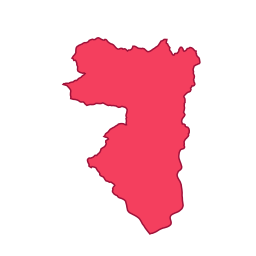 Formiga, Minas Gerais, Brazil (Albers equal-area conic projection), rotated 286°
{"feature_id": "56859067B14486688902799", "entity_name": "Formiga", "entity_type": "district", "adm_level": 2, "iso_a3": "BRA", "parent_name": "Brazil", "parent_adm1": "Minas Gerais", "projection": "albers", "projection_center": [-45.505, -20.525], "detail": "fine", "context": "isolated", "style": "filled", "palette": "rose", "viewbox_px": 256, "rotation_deg": 286, "n_neighbors": 0, "source": "geoboundaries", "source_scale": "gbopen_adm2", "svg_char_len": 5907}
<svg xmlns="http://www.w3.org/2000/svg" viewBox="0 0 256 256"><g transform="rotate(286 128 128)"><path d="M138.4,82.2L139.3,83.6L140.1,85.0L140.5,86.6L141.0,88.2L141.8,89.5L142.7,90.2L143.1,91.3L143.6,93.8L144.0,95.1L144.5,96.0L145.2,96.8L145.1,98.0L144.7,99.5L144.4,101.1L144.2,102.8L144.7,103.8L145.0,104.9L145.0,106.2L145.5,107.4L145.7,108.9L145.9,110.7L145.5,111.8L145.3,113.3L145.9,114.7L146.9,115.8L147.2,117.0L147.1,118.5L147.1,119.8L146.4,121.1L145.3,122.2L143.8,122.4L142.2,122.6L140.9,122.5L139.5,122.6L138.5,123.1L137.6,123.8L136.5,123.5L135.6,124.0L134.7,124.4L133.7,124.7L132.2,124.8L130.7,125.6L130.4,124.6L130.8,122.6L130.6,121.2L130.3,120.0L129.7,118.8L129.1,117.7L127.9,117.1L127.2,116.3L126.2,115.4L125.1,114.6L124.1,113.4L123.1,112.5L121.9,111.3L120.1,110.5L118.6,109.9L117.1,108.7L116.1,108.0L114.2,107.8L113.2,107.2L113.0,108.8L113.1,110.3L112.7,111.5L112.0,112.2L111.0,111.4L109.7,110.2L108.2,110.5L106.9,111.4L105.6,111.3L103.7,110.7L102.4,109.5L101.3,108.5L100.3,107.8L99.0,107.9L97.9,107.8L96.6,107.5L95.2,106.6L94.1,105.9L93.0,105.5L92.7,103.9L90.6,102.7L89.6,101.6L88.7,100.3L88.4,98.9L87.4,98.1L86.3,97.8L85.4,98.1L84.5,98.6L83.6,99.3L82.4,100.5L80.6,101.0L80.1,102.5L79.8,103.6L81.0,104.1L81.1,105.8L81.1,107.1L80.7,108.4L79.4,109.6L78.3,111.0L77.7,112.1L77.1,112.8L76.4,113.5L75.4,113.7L74.7,114.5L74.3,116.6L74.1,117.9L73.1,119.1L72.1,120.1L71.1,121.5L71.2,123.2L70.8,125.0L71.3,126.7L70.0,130.3L69.1,131.1L66.9,130.1L65.4,130.0L64.6,130.5L63.5,130.4L62.4,130.7L61.5,131.8L60.8,132.7L60.4,133.8L60.1,135.0L60.0,136.3L59.1,137.3L58.6,138.6L58.5,141.5L58.2,143.0L57.9,144.3L57.0,145.8L53.7,147.8L51.4,148.9L50.1,149.6L48.9,150.2L47.8,151.4L47.1,152.7L46.8,153.9L46.5,155.5L46.2,156.8L46.0,158.0L45.6,159.7L45.1,161.4L44.6,162.7L44.0,163.9L43.0,165.2L42.0,166.2L41.0,167.2L40.0,168.1L39.3,169.0L38.5,170.1L37.6,171.1L36.5,172.3L35.6,173.5L33.9,175.8L33.1,177.0L32.2,178.2L33.0,179.2L33.7,180.7L34.7,181.9L35.4,182.8L36.4,183.9L38.8,186.0L40.0,187.3L41.4,189.1L42.0,190.2L42.5,191.0L43.2,192.1L43.9,193.1L44.7,194.0L45.7,194.9L47.1,195.7L48.5,195.7L49.6,195.3L50.6,194.7L51.7,194.0L52.8,193.4L53.8,193.1L54.7,193.1L56.0,193.4L57.3,194.4L58.1,195.3L59.1,196.4L60.3,198.0L61.5,199.4L62.5,200.3L65.2,202.0L66.4,202.3L68.3,202.4L69.3,202.1L72.0,200.9L73.3,200.3L76.3,199.3L77.6,198.7L79.0,198.3L80.6,197.9L81.7,197.5L83.0,197.0L84.4,196.4L85.9,195.7L87.3,195.1L88.2,194.7L89.0,194.1L89.9,193.5L90.9,192.7L92.5,191.0L93.7,189.8L95.0,188.8L96.0,188.3L96.9,188.0L98.6,188.1L100.3,188.4L101.6,189.4L102.8,190.2L104.3,190.6L105.6,190.3L107.5,189.1L108.6,188.4L109.5,187.7L110.4,187.0L111.5,186.3L112.6,185.5L114.1,184.8L115.7,184.4L118.6,184.0L120.2,184.2L121.5,184.5L122.2,185.1L122.9,186.2L123.7,187.3L124.8,187.7L126.0,187.3L126.9,186.5L127.9,186.6L129.1,186.1L130.3,185.7L131.7,185.9L133.2,186.3L134.2,187.0L135.4,187.5L136.5,188.1L137.7,188.3L139.1,187.6L140.1,188.1L141.3,187.9L142.7,187.5L144.2,186.6L145.2,185.2L145.1,183.6L145.6,182.5L146.9,181.9L147.2,180.7L146.9,179.1L147.9,178.5L149.2,177.7L150.6,177.6L151.6,177.6L153.1,178.1L154.7,178.8L156.4,179.1L157.5,178.1L158.5,177.0L159.9,177.1L161.3,177.0L162.9,176.8L164.2,176.2L165.1,175.8L166.1,175.7L167.3,175.3L168.2,175.8L169.4,175.4L170.6,175.1L171.8,174.6L173.5,173.0L174.7,173.2L175.7,173.7L176.8,174.3L178.1,175.1L179.0,175.9L179.6,176.9L180.4,177.7L181.6,177.9L182.6,177.9L183.6,177.1L184.9,177.8L186.0,177.8L186.3,178.9L187.2,179.9L188.5,180.2L189.6,179.6L190.5,178.7L191.6,178.3L192.4,177.7L194.3,177.8L195.9,177.6L197.0,177.0L197.8,176.2L198.7,175.7L200.4,175.4L201.7,174.6L203.0,174.4L204.5,174.5L205.7,174.5L206.5,175.2L207.3,175.9L208.1,177.0L209.0,177.9L209.6,178.8L210.6,179.1L211.7,178.7L212.9,178.1L214.0,177.6L215.1,176.7L215.8,175.1L217.0,173.7L218.3,173.3L218.9,172.6L220.7,172.3L220.6,171.1L221.3,169.9L222.2,168.4L222.6,167.0L222.5,165.4L221.4,164.5L220.6,163.0L218.9,162.5L217.8,161.6L217.2,160.8L217.7,159.9L218.7,159.3L219.5,158.6L220.4,157.3L220.0,156.1L218.7,155.7L217.5,155.3L216.3,155.6L215.0,155.4L214.2,155.0L213.3,154.7L212.9,153.4L212.4,152.4L211.1,152.3L210.5,151.4L211.1,150.3L213.2,148.2L214.2,146.7L215.5,146.1L216.8,146.1L217.4,145.1L218.4,143.9L219.7,142.9L220.0,141.6L221.0,141.1L222.5,141.1L223.8,141.0L223.5,139.7L223.1,138.3L222.1,137.6L221.3,136.9L220.6,135.8L215.6,134.3L214.5,133.6L213.6,132.7L211.8,131.4L210.9,130.5L209.9,129.7L209.1,129.1L208.2,128.3L207.3,127.2L206.8,125.9L207.2,124.6L207.9,123.2L208.6,121.8L208.6,120.1L208.1,119.2L207.8,117.6L207.5,116.1L207.8,114.7L208.3,113.1L208.4,111.6L208.0,110.2L207.1,110.2L206.0,110.1L204.9,109.8L203.6,108.7L203.2,107.2L201.9,106.3L202.5,105.1L203.2,103.8L203.1,102.5L202.4,101.5L202.9,100.4L202.6,99.1L202.0,98.2L201.3,97.5L201.1,96.4L201.4,95.1L202.2,93.7L202.9,92.6L203.8,91.2L204.2,89.7L204.2,88.5L204.5,87.0L205.0,85.6L205.6,84.5L206.4,83.5L206.9,82.5L206.8,81.4L205.9,81.0L205.7,79.9L205.8,78.6L206.1,77.0L206.5,75.9L206.5,74.5L206.0,73.6L205.3,72.9L204.0,72.0L203.5,70.7L203.5,69.3L202.4,67.7L201.4,66.5L200.4,66.3L199.5,65.6L198.6,64.5L198.0,62.6L197.2,61.6L196.0,60.6L195.0,59.4L194.0,58.1L193.1,57.4L192.4,56.7L191.2,56.2L189.7,56.2L187.3,56.7L186.1,57.1L184.0,56.6L181.8,55.5L180.9,55.3L179.7,54.9L179.3,56.4L178.0,57.3L178.6,58.7L177.9,59.7L175.8,61.1L174.9,61.3L174.1,61.8L173.2,62.7L170.1,63.4L169.0,64.1L168.5,65.4L168.2,66.8L168.2,68.2L168.2,69.5L168.8,70.6L168.5,71.8L167.1,71.1L165.9,70.1L165.1,69.5L164.2,69.2L163.2,68.3L162.2,67.1L161.2,66.5L159.5,65.5L159.2,64.2L158.4,63.4L157.5,62.8L156.8,62.0L156.4,60.9L155.7,59.8L154.6,58.7L154.2,57.2L153.9,56.0L153.2,55.0L152.9,54.0L152.0,53.6L152.0,56.2L152.0,57.5L151.3,58.6L150.7,59.7L150.1,60.6L149.5,61.4L148.7,62.4L147.4,62.9L145.8,63.1L143.8,63.6L142.0,64.6L140.5,64.8L140.5,67.5L140.9,69.5L140.9,71.9L140.6,73.2L140.1,74.4L140.0,75.7L140.4,76.7L140.7,77.9L140.3,78.9L139.6,79.7L139.0,80.8L138.4,82.2Z" fill="#f43f5e" stroke="#9f1239" stroke-width="1.5"/></g></svg>